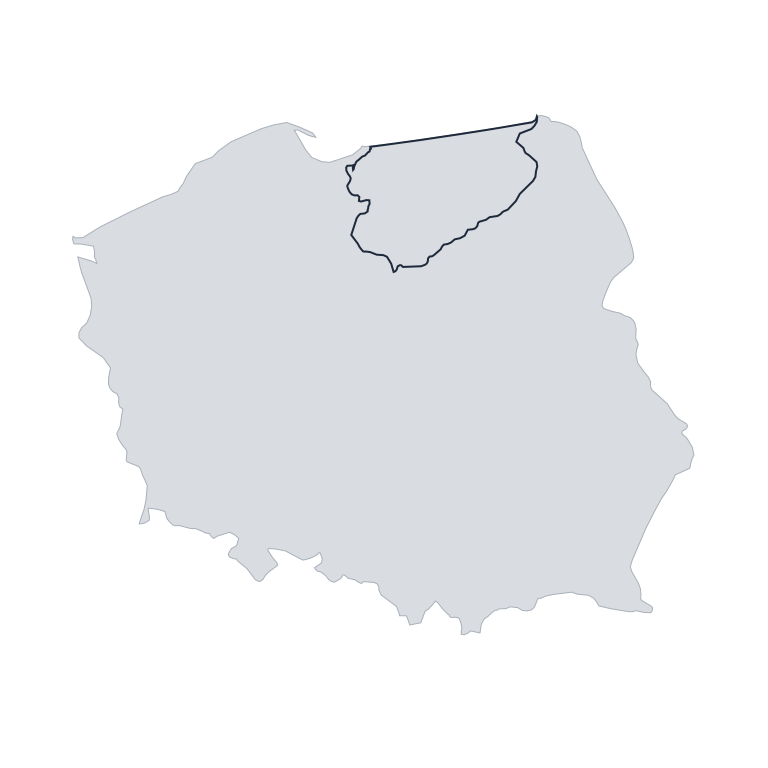 where Warmian-Masurian sits in Poland, rotated 349°
{"feature_id": "POL-3139", "entity_name": "Warmian-Masurian", "entity_type": "Voivodeship", "adm_level": 1, "iso_a3": "POL", "parent_name": "Poland", "parent_adm1": "", "projection": "albers", "projection_center": [20.397, 53.764], "detail": "fine", "context": "in_parent", "style": "outline", "palette": "slate", "viewbox_px": 768, "rotation_deg": 349, "n_neighbors": 0, "source": "natural_earth", "source_scale": "10m", "svg_char_len": 5528}
<svg xmlns="http://www.w3.org/2000/svg" viewBox="0 0 768 768"><g transform="rotate(349 384 384)"><path d="M641.3,421.1L644.7,427.5L646.2,432.6L645.1,436.7L645.7,440.7L658.3,457.5L663.4,470.0L666.5,474.7L673.4,480.8L674.1,483.4L671.6,486.0L667.8,487.1L666.8,489.4L671.1,495.2L674.6,505.0L674.7,513.2L672.6,515.4L669.9,520.4L668.2,525.0L652.6,528.8L649.0,533.8L640.7,543.4L635.0,548.9L626.7,558.8L613.4,575.8L594.1,604.2L590.8,610.7L591.6,615.9L595.7,628.1L596.6,633.6L596.2,638.7L595.1,643.3L595.4,645.4L604.5,653.6L604.8,655.3L604.1,657.6L602.3,659.4L595.5,657.8L587.8,654.5L585.3,655.0L581.2,654.3L564.1,648.0L552.7,642.9L551.5,639.5L549.2,634.5L544.3,630.4L533.2,627.0L528.7,624.2L510.8,622.9L503.0,623.0L497.5,624.2L494.0,624.1L489.2,631.6L485.9,633.8L481.0,634.0L476.7,632.7L472.3,628.9L465.3,626.8L460.3,627.8L456.6,627.0L453.4,626.8L452.2,627.6L449.7,627.4L445.9,629.3L441.8,631.9L437.3,633.9L433.8,638.2L430.7,646.7L421.9,642.9L418.9,644.5L414.8,645.5L412.0,644.4L412.7,641.5L414.0,638.2L413.9,633.6L413.2,628.5L410.5,626.8L406.4,626.2L404.3,625.2L404.1,623.5L402.1,621.3L398.5,615.8L395.2,609.0L392.9,606.9L389.4,610.1L384.2,613.7L381.0,614.9L374.5,625.4L363.3,625.5L362.7,620.6L361.7,615.8L355.1,614.5L355.0,611.7L353.8,604.7L341.1,590.8L339.6,585.1L340.2,582.9L339.4,579.2L336.6,577.0L326.4,574.1L323.7,575.5L321.4,573.9L317.8,570.5L311.4,567.7L310.7,566.3L308.5,563.9L307.2,563.5L306.3,564.9L304.3,566.8L297.6,569.1L295.0,568.0L292.6,565.7L290.1,560.9L286.2,556.5L283.0,554.9L281.2,552.7L280.8,551.0L288.3,547.8L290.0,544.4L289.3,537.9L288.3,537.1L285.3,539.1L279.1,540.8L273.5,541.4L270.6,541.3L255.2,528.9L245.0,524.9L239.0,523.5L238.2,524.7L240.7,531.4L245.0,539.7L244.7,541.9L235.5,546.2L231.5,548.8L228.1,552.5L225.2,554.1L222.8,553.5L220.3,551.5L214.3,539.2L206.5,529.6L205.6,527.5L203.1,526.8L199.5,524.5L198.5,521.7L200.5,518.8L203.1,516.3L207.7,514.9L209.2,513.4L210.1,511.1L211.9,508.2L211.5,507.1L208.6,503.5L204.1,500.0L190.9,501.6L187.3,503.1L185.4,500.8L184.1,497.4L180.9,496.5L176.6,493.3L171.4,490.0L166.3,488.8L155.8,483.8L151.7,483.3L149.4,481.6L147.1,478.2L145.2,474.6L144.6,467.3L137.0,463.5L129.2,460.9L128.6,461.9L128.4,469.1L127.7,472.9L122.3,474.9L117.1,474.7L117.5,473.5L124.6,461.1L128.0,453.1L132.3,438.5L129.4,426.4L128.8,420.8L127.3,418.1L117.1,411.5L116.4,409.4L118.7,401.8L118.1,398.5L115.8,394.8L113.0,387.7L112.2,381.7L117.0,375.2L120.9,363.6L122.9,358.9L120.3,356.0L119.9,352.1L121.1,346.8L119.9,342.6L116.4,339.7L114.3,336.1L113.5,331.7L115.0,325.0L118.6,316.0L113.4,304.5L99.6,290.2L93.3,280.6L94.3,275.5L97.9,271.1L103.9,267.4L108.8,260.3L112.0,251.6L112.8,243.7L108.5,217.3L108.0,210.8L107.7,200.8L120.0,207.3L125.1,210.8L124.8,207.3L123.9,204.2L125.0,199.9L125.2,193.3L113.9,189.0L106.3,187.2L105.9,182.6L106.9,179.7L108.8,181.6L116.3,182.9L135.4,175.6L168.1,166.5L202.7,158.0L210.7,157.3L218.7,155.5L221.9,151.6L225.0,149.1L230.0,142.2L240.7,131.7L258.8,128.6L265.7,123.7L280.1,117.0L312.2,110.0L325.5,108.6L338.5,108.8L349.9,115.6L361.9,124.0L364.1,128.9L357.5,125.7L348.0,118.2L344.4,117.8L352.1,140.0L356.4,147.9L365.5,154.0L373.2,156.1L397.1,153.0L405.6,148.5L408.1,146.2L410.2,147.3L441.4,150.0L549.7,154.6L580.9,154.6L582.7,153.9L585.8,150.1L589.7,150.5L594.3,152.6L596.5,154.3L597.5,156.2L598.2,158.4L600.7,158.7L605.3,160.3L611.7,163.9L616.7,167.5L621.6,172.7L623.4,178.8L623.8,185.7L623.7,190.1L632.0,223.9L644.2,254.6L648.9,269.4L650.9,277.4L652.7,288.9L653.5,297.1L653.7,301.6L653.2,308.0L650.1,311.9L629.6,323.5L625.8,327.1L619.9,335.6L614.5,344.4L613.3,347.4L613.0,349.4L614.4,352.1L622.1,356.4L629.9,359.8L632.5,362.4L638.3,365.7L640.5,368.8L641.8,371.5L642.0,377.9L639.8,386.9L641.2,393.5L638.8,398.1L636.9,403.1L637.0,411.8L641.3,421.1Z" fill="#d9dde1" stroke="#a8b0b8" stroke-width="1"/><path d="M582.8,154.0L583.8,153.1L585.1,150.5L585.3,151.2L584.0,155.8L581.0,159.2L577.4,161.8L565.1,164.0L560.1,171.5L565.9,178.9L566.3,181.7L567.0,184.3L569.9,187.0L576.1,195.2L576.0,199.6L573.9,204.0L572.1,209.6L569.0,213.1L553.6,223.3L548.3,229.6L538.7,236.5L534.5,237.3L532.7,238.1L531.1,239.4L527.6,240.7L519.5,240.4L515.4,242.3L508.6,242.9L507.2,243.7L505.6,246.9L503.3,248.6L500.8,249.0L495.7,248.6L491.5,253.8L486.4,255.4L481.0,255.5L476.8,257.9L473.3,258.7L469.2,258.6L467.1,260.3L465.3,262.6L457.3,267.2L455.3,267.8L453.1,267.6L451.3,269.0L450.3,272.2L448.9,273.9L447.1,274.8L442.9,275.5L424.9,272.7L424.4,272.1L424.0,271.2L423.1,270.6L422.2,270.4L419.9,271.1L418.4,274.0L416.8,275.4L414.8,275.8L414.0,267.2L411.2,259.7L408.0,257.4L401.6,255.7L395.6,251.9L391.2,250.4L390.2,250.4L388.8,249.8L388.0,248.5L386.3,245.2L385.0,241.1L380.3,231.5L388.8,216.1L390.9,214.0L393.2,212.5L397.7,212.9L400.9,211.5L401.1,210.0L401.8,209.0L402.7,206.3L403.7,205.2L404.4,204.0L404.4,202.4L404.7,200.9L401.9,200.1L396.3,200.5L394.3,199.5L395.5,195.7L394.1,193.7L391.2,193.3L388.5,191.7L386.7,188.5L385.8,184.4L385.7,182.6L386.6,181.3L389.0,178.8L389.9,177.3L390.6,175.6L390.0,173.2L388.9,171.2L387.8,167.5L388.2,164.3L389.6,162.8L394.5,163.5L395.8,163.3L395.8,164.0L395.2,164.5L394.8,165.4L394.6,166.5L394.5,167.9L395.3,167.2L396.3,164.6L396.7,164.1L397.1,163.7L398.5,161.4L399.9,160.1L400.6,159.7L401.3,159.5L405.7,156.8L406.6,156.5L408.8,156.2L412.4,153.6L413.1,153.3L413.9,153.2L414.4,152.7L414.7,151.7L415.1,150.7L416.0,150.6L415.9,150.1L415.8,149.1L415.7,148.7L416.3,148.7L416.5,148.6L427.9,149.3L449.3,150.5L465.2,151.4L481.2,152.1L501.0,153.0L524.9,153.9L540.3,154.4L555.7,154.8L568.6,155.1L579.0,155.4L582.8,154.0Z" fill="none" stroke="#1e293b" stroke-width="2"/></g></svg>